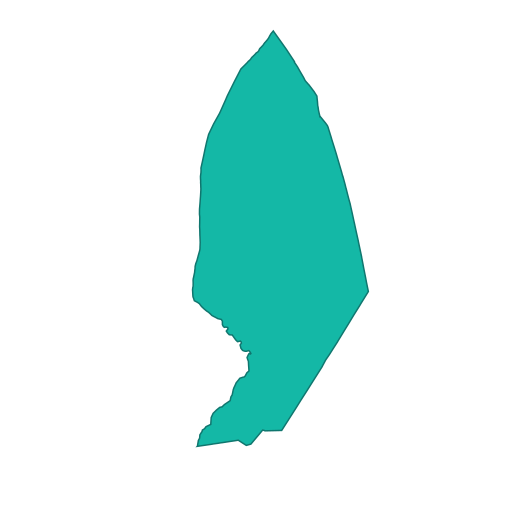 Rombo, Kilimanjaro, United Republic of Tanzania (Natural Earth projection), rotated 40°
{"feature_id": "72390352B49231532539034", "entity_name": "Rombo", "entity_type": "district", "adm_level": 2, "iso_a3": "TZA", "parent_name": "United Republic of Tanzania", "parent_adm1": "Kilimanjaro", "projection": "natural_earth1", "projection_center": [37.461, -3.126], "detail": "fine", "context": "isolated", "style": "filled", "palette": "teal", "viewbox_px": 512, "rotation_deg": 40, "n_neighbors": 0, "source": "geoboundaries", "source_scale": "gbopen_adm2", "svg_char_len": 4945}
<svg xmlns="http://www.w3.org/2000/svg" viewBox="0 0 512 512"><g transform="rotate(40 256 256)"><path d="M124.6,72.5L124.6,73.0L124.6,74.3L124.6,75.2L124.6,76.1L124.7,76.8L124.8,77.2L124.9,77.7L124.9,78.0L125.0,78.4L125.1,79.1L125.3,79.7L125.4,80.2L125.5,80.8L125.6,81.3L125.6,81.9L125.7,82.6L125.7,82.9L125.7,83.4L125.7,84.0L125.7,84.8L125.7,85.4L125.7,86.2L125.6,86.9L125.7,87.7L125.7,88.5L125.8,89.0L125.9,89.9L125.9,90.5L125.8,91.5L125.8,92.2L125.7,93.2L125.6,94.2L125.6,94.9L125.8,95.8L126.0,96.3L126.2,96.9L126.2,97.4L126.2,98.0L126.2,98.7L125.7,100.1L125.7,100.3L125.6,101.0L125.7,101.7L125.6,102.3L125.6,103.1L125.5,103.7L125.4,104.3L125.4,105.2L125.2,105.9L125.2,106.8L125.2,107.4L125.3,108.1L125.4,108.9L125.3,109.9L125.3,110.4L125.3,110.6L125.2,110.7L125.2,110.8L125.2,111.0L125.1,111.3L125.0,111.5L125.0,111.9L125.0,113.5L124.2,122.4L127.3,136.2L131.0,151.5L131.8,154.2L132.1,155.1L135.9,168.4L136.4,170.3L138.6,181.9L141.5,193.2L145.0,200.6L148.9,208.1L150.7,211.4L154.4,218.4L157.3,224.0L158.5,225.3L160.3,227.6L162.2,230.6L164.2,232.9L164.3,232.9L165.9,234.7L166.1,235.0L166.7,235.7L167.5,236.5L168.1,237.2L169.7,239.0L170.0,239.3L170.3,239.6L171.1,240.6L171.7,241.3L171.8,241.5L172.8,242.8L174.2,244.7L175.1,245.9L175.8,246.9L177.1,248.7L177.4,249.1L178.3,250.3L180.0,252.7L182.6,256.4L185.8,260.3L187.9,262.3L191.4,266.6L191.5,266.7L193.8,269.6L194.8,270.7L195.6,271.5L197.9,274.1L199.9,276.4L200.3,276.8L201.3,277.9L202.4,279.1L203.3,280.1L204.1,281.0L204.4,281.3L206.2,283.6L207.1,284.8L207.9,285.8L208.6,286.7L209.1,287.5L210.0,289.4L211.6,293.0L211.9,293.6L213.8,297.7L214.2,298.9L214.8,300.6L215.4,301.8L215.7,302.3L215.9,302.9L216.4,303.5L216.9,304.2L217.1,304.4L217.4,304.8L218.0,305.8L218.5,306.6L219.0,307.3L219.5,308.0L221.8,312.3L222.6,313.9L223.7,315.4L223.9,315.6L224.0,315.7L225.6,317.5L225.8,317.8L227.3,319.6L227.7,320.5L228.9,322.4L229.2,322.8L230.0,323.6L231.5,325.2L233.0,326.8L234.0,327.8L235.3,328.5L235.8,328.8L237.5,329.9L241.1,329.1L243.4,328.9L243.7,329.0L245.8,329.5L246.8,329.7L248.4,329.8L250.1,329.9L250.4,329.9L253.3,329.9L254.4,329.8L255.7,329.6L256.0,329.6L258.3,329.7L260.3,329.9L260.5,329.9L261.9,329.6L262.9,329.4L264.1,329.1L265.5,328.8L267.1,328.5L267.8,328.1L269.8,327.1L270.2,326.9L271.8,327.4L272.1,327.5L274.4,330.2L276.3,331.0L276.6,331.0L277.6,331.0L278.5,329.9L279.4,329.4L280.3,328.9L281.4,329.9L281.5,332.6L283.4,333.2L284.3,333.3L286.1,333.5L287.0,332.9L288.5,331.8L290.3,332.2L290.5,332.3L294.4,333.3L296.9,333.5L297.1,333.3L297.6,332.7L298.2,331.8L298.8,331.2L299.1,331.3L299.4,331.3L299.7,331.3L300.8,332.1L301.0,334.4L303.0,335.8L303.8,336.4L305.3,336.7L306.3,336.9L306.9,336.8L307.7,336.5L308.1,336.3L309.0,335.9L309.9,335.1L310.4,334.4L310.9,333.7L311.2,333.2L311.7,333.1L312.5,333.2L313.5,333.5L314.1,333.7L314.7,333.9L314.7,334.1L314.8,334.6L314.4,334.8L314.0,334.8L313.9,334.8L313.5,335.0L313.4,335.6L313.6,336.5L313.8,337.3L313.9,337.7L314.1,338.4L314.4,339.5L315.8,340.4L316.3,340.7L317.8,341.5L319.3,343.1L320.4,344.3L323.5,347.5L324.5,348.6L324.1,351.4L324.3,352.4L324.4,352.5L324.7,354.3L324.8,354.7L324.9,355.1L324.8,355.4L324.8,355.8L324.6,356.5L324.0,357.1L322.2,360.0L322.2,360.6L322.3,361.9L322.3,362.5L322.3,365.7L322.9,367.8L323.3,369.2L323.8,371.2L324.2,372.2L324.5,373.0L326.3,376.3L327.1,377.9L327.3,379.8L327.9,381.1L329.0,383.0L329.2,383.4L327.3,390.1L327.1,391.9L327.0,393.3L325.5,395.3L324.7,399.7L324.7,400.0L324.3,404.1L325.5,408.5L328.2,412.2L329.6,414.1L327.8,418.0L327.5,418.8L327.4,419.0L327.6,421.4L326.8,423.8L327.5,425.1L327.7,427.1L328.0,429.1L329.9,431.8L330.4,434.3L333.4,439.4L333.4,439.5L342.6,429.2L344.0,427.5L347.0,424.2L349.4,421.4L350.1,420.7L355.7,414.3L359.0,410.6L360.8,408.5L366.6,407.8L370.3,407.3L373.0,403.4L373.0,385.1L374.5,384.3L375.2,384.2L387.8,373.1L384.9,351.0L384.3,346.4L383.1,337.9L382.5,333.3L381.6,326.2L380.8,320.4L380.5,318.2L377.8,298.1L377.6,297.5L376.2,290.8L375.6,284.5L375.6,284.4L374.7,277.8L373.6,269.2L373.4,268.3L373.2,266.9L371.3,254.4L370.5,248.9L368.7,237.3L368.7,237.2L367.2,226.5L367.0,225.5L364.9,211.0L357.6,205.2L353.7,202.0L346.1,195.9L344.3,194.4L337.9,189.2L337.5,188.8L325.6,179.5L325.1,179.1L324.9,178.9L321.9,176.6L316.8,172.7L316.3,172.3L312.3,169.2L310.9,168.1L308.4,166.2L306.1,164.4L305.2,163.7L301.7,161.0L296.6,157.1L295.2,156.0L295.1,155.9L294.7,155.6L290.6,152.8L286.8,150.1L281.7,146.4L280.9,145.9L278.2,143.9L271.3,139.1L271.2,139.2L267.5,136.6L254.1,127.7L253.4,127.2L250.2,125.1L245.4,122.0L239.1,118.0L237.5,116.9L230.2,112.2L228.4,111.0L226.8,110.2L224.0,109.5L218.3,108.4L215.0,107.8L215.0,107.7L215.0,107.8L214.9,107.7L213.2,106.5L212.8,106.2L210.1,104.1L207.8,102.0L206.7,101.2L203.9,98.3L201.6,96.1L199.9,94.4L199.7,94.3L197.7,93.7L195.0,92.8L186.2,90.8L184.7,90.7L184.1,90.5L183.5,90.5L181.8,90.2L180.8,90.0L177.8,88.7L170.3,86.0L166.1,84.4L160.9,82.9L160.6,82.4L146.5,78.2L138.5,76.1L125.3,72.7L124.6,72.5Z" fill="#14b8a6" stroke="#0f766e" stroke-width="1.5"/></g></svg>